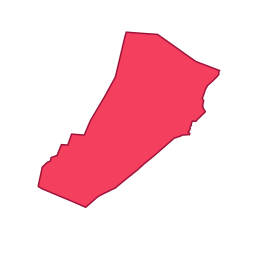 the district of Reifi Telkok, Kassala, Sudan, rotated 34°
{"feature_id": "16777658B60092664698782", "entity_name": "Reifi Telkok", "entity_type": "district", "adm_level": 2, "iso_a3": "SDN", "parent_name": "Sudan", "parent_adm1": "Kassala", "projection": "natural_earth1", "projection_center": [36.762, 16.137], "detail": "fine", "context": "isolated", "style": "filled", "palette": "rose", "viewbox_px": 256, "rotation_deg": 34, "n_neighbors": 0, "source": "geoboundaries", "source_scale": "gbopen_adm2", "svg_char_len": 1488}
<svg xmlns="http://www.w3.org/2000/svg" viewBox="0 0 256 256"><g transform="rotate(34 128 128)"><path d="M86.6,226.8L87.7,226.5L89.5,226.5L90.4,226.5L93.5,225.9L106.5,223.3L114.1,221.8L121.5,220.3L133.9,218.0L137.3,217.4L137.6,216.2L140.8,204.0L141.5,201.6L142.7,199.3L144.6,195.8L147.3,191.2L147.6,190.6L148.8,188.4L148.9,188.2L149.0,188.2L150.4,185.8L150.9,185.2L153.8,175.1L159.1,158.0L160.4,152.9L161.6,147.9L164.0,140.3L164.6,138.2L165.3,135.7L165.8,133.8L171.5,112.3L171.9,110.9L172.1,110.5L173.6,108.5L176.1,105.3L176.6,104.3L177.0,103.6L177.4,103.1L178.0,102.6L179.5,101.6L181.3,100.1L182.2,99.5L182.6,99.3L182.3,98.0L182.1,98.0L181.4,97.8L180.5,97.8L180.2,97.8L180.2,95.9L180.3,95.4L179.9,93.7L179.0,92.8L179.0,90.4L178.8,90.1L178.5,89.8L177.9,88.4L177.7,88.0L177.7,86.1L180.5,84.5L180.6,83.7L180.7,82.8L181.0,81.0L182.1,75.8L182.2,75.0L182.5,74.3L183.0,71.4L182.3,70.8L181.1,70.3L179.6,69.8L178.6,68.9L177.8,68.1L176.8,66.5L176.0,64.5L175.5,63.1L174.1,62.4L173.2,62.2L172.8,61.1L172.3,59.0L171.5,55.9L170.6,52.8L170.3,49.1L170.4,47.3L170.4,47.1L171.7,42.5L171.8,41.7L172.0,41.2L172.7,37.2L172.8,37.2L173.1,35.6L173.2,33.2L173.3,33.0L171.7,30.1L171.7,29.2L146.9,35.0L133.4,34.7L126.5,34.5L100.1,33.9L89.3,40.2L73.0,49.5L74.2,53.5L88.5,91.3L89.1,93.4L91.1,115.6L92.7,142.7L93.7,148.2L95.7,158.3L84.7,164.6L87.6,175.8L82.1,179.0L84.5,190.5L80.8,195.5L82.1,198.6L80.2,201.9L78.8,208.3L83.4,219.8L86.0,226.2L86.6,226.8Z" fill="#f43f5e" stroke="#9f1239" stroke-width="1.5"/></g></svg>